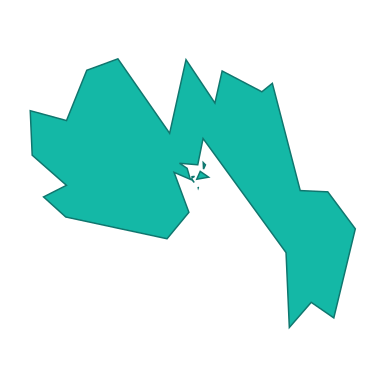 the border of Khabarovsk, rotated 92°
{"feature_id": "RUS-2614", "entity_name": "Khabarovsk", "entity_type": "Territory", "adm_level": 1, "iso_a3": "RUS", "parent_name": "Russia", "parent_adm1": "", "projection": "robinson", "projection_center": [136.924, 54.6], "detail": "coarse", "context": "isolated", "style": "filled", "palette": "teal", "viewbox_px": 384, "rotation_deg": 92, "n_neighbors": 0, "source": "natural_earth", "source_scale": "10m", "svg_char_len": 762}
<svg xmlns="http://www.w3.org/2000/svg" viewBox="0 0 384 384"><g transform="rotate(92 192 192)"><path d="M125.0,319.9L74.0,301.4L61.5,270.7L134.1,216.4L60.0,202.6L102.3,172.2L70.0,166.1L89.4,125.7L80.6,115.5L186.8,83.9L187.1,56.3L223.1,27.5L312.9,45.9L298.1,69.0L324.0,90.0L249.3,95.9L138.2,182.8L164.6,187.2L163.7,205.5L168.5,197.7L179.4,194.1L173.0,210.6L212.4,194.4L239.6,215.3L221.4,317.3L202.1,340.2L189.7,317.7L160.8,353.0L116.4,356.5L125.0,319.9ZM176.6,175.9L179.1,187.7L171.1,184.5L176.6,175.9ZM164.4,179.5L168.7,181.3L162.2,181.8L164.4,179.5ZM179.1,192.6L182.4,190.1L179.1,193.1L179.1,192.6ZM176.3,190.0L177.9,192.4L176.7,192.5L176.3,190.0ZM186.8,186.1L187.3,185.8L187.6,185.9L186.8,186.1Z" fill="#14b8a6" stroke="#0f766e" stroke-width="1.5"/></g></svg>